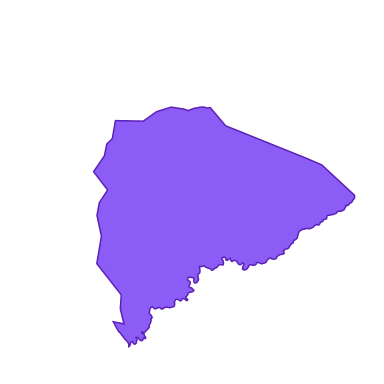 outline of Bo'mbogor, Bayanhongor, Mongolia, rotated 238°
{"feature_id": "93677404B12243901398913", "entity_name": "Bo'mbogor", "entity_type": "district", "adm_level": 2, "iso_a3": "MNG", "parent_name": "Mongolia", "parent_adm1": "Bayanhongor", "projection": "albers", "projection_center": [99.341, 46.245], "detail": "fine", "context": "isolated", "style": "filled", "palette": "violet", "viewbox_px": 384, "rotation_deg": 238, "n_neighbors": 0, "source": "geoboundaries", "source_scale": "gbopen_adm2", "svg_char_len": 5852}
<svg xmlns="http://www.w3.org/2000/svg" viewBox="0 0 384 384"><g transform="rotate(238 192 192)"><path d="M253.9,252.2L254.6,250.7L255.1,249.4L255.8,248.7L257.4,247.5L259.2,244.8L260.1,242.9L260.2,241.6L260.5,240.6L261.2,240.1L261.5,239.5L261.6,238.4L261.9,237.8L262.7,234.4L262.8,232.2L266.8,228.9L275.1,219.2L278.9,204.5L277.9,188.3L293.1,164.9L279.5,152.7L277.8,145.1L269.1,136.9L261.4,119.3L238.4,121.5L232.0,107.7L222.5,99.0L202.6,91.8L181.7,73.3L142.3,77.5L130.9,69.3L116.2,64.4L123.7,56.5L116.8,56.0L112.3,55.9L110.1,56.5L108.0,56.6L105.5,57.0L103.1,57.0L100.8,57.7L99.3,57.8L98.6,57.9L96.8,57.9L94.3,56.5L94.3,56.8L94.6,57.7L95.1,58.6L96.6,59.9L97.0,60.5L97.1,61.1L97.0,61.6L96.7,62.1L96.4,62.1L94.9,62.0L94.2,62.1L93.6,62.5L93.1,63.2L93.2,63.9L93.4,64.6L94.8,65.9L95.1,66.4L96.1,67.1L97.2,67.4L98.2,67.3L98.3,67.5L98.1,67.9L97.5,68.6L96.9,69.1L95.2,69.0L94.2,69.3L92.9,70.0L92.6,70.4L92.4,70.9L92.5,71.4L92.6,71.9L93.6,73.0L93.6,73.3L93.4,73.8L92.5,74.6L92.5,75.0L92.7,75.4L93.5,75.7L94.3,75.5L94.6,75.2L95.0,75.3L96.4,76.1L96.9,76.0L97.6,75.4L98.4,75.0L99.0,74.7L99.6,74.8L99.9,75.1L99.9,75.5L98.6,76.2L98.2,76.6L98.1,77.0L98.2,78.4L98.6,79.3L99.0,81.3L99.3,82.7L99.8,83.7L100.2,84.4L101.1,84.6L101.6,84.9L102.0,85.3L102.5,86.8L104.3,88.9L106.3,90.3L106.6,91.7L107.3,91.9L110.0,91.9L111.1,91.5L111.7,91.4L112.1,91.7L113.1,92.7L114.4,93.6L115.4,94.8L115.7,95.7L115.8,97.3L115.5,97.6L115.2,97.8L113.6,98.0L112.5,98.7L112.3,99.1L112.1,99.9L112.0,101.1L111.8,101.9L111.6,102.6L111.3,103.2L110.9,103.5L109.8,103.7L109.2,104.0L108.7,104.4L108.5,104.9L108.4,105.5L108.5,106.8L108.5,107.6L107.8,109.3L107.4,110.1L105.8,111.6L105.4,112.2L105.3,113.1L105.3,113.7L104.6,115.1L104.5,115.6L104.7,116.7L106.2,118.0L107.1,118.5L108.1,118.5L108.5,119.2L108.5,119.6L108.8,120.0L109.3,121.0L109.4,121.4L109.3,121.9L109.1,122.3L108.5,123.0L107.5,123.6L106.1,124.1L105.8,124.5L105.7,125.2L105.8,125.9L106.2,126.5L106.5,127.0L106.4,127.6L106.2,128.1L105.5,128.8L104.9,129.2L104.0,129.4L103.4,129.5L102.9,129.7L102.7,130.1L102.5,130.8L102.6,131.1L103.1,131.3L103.8,131.2L104.4,131.0L105.1,130.8L106.0,130.7L106.3,130.9L106.4,131.2L106.3,131.9L106.5,132.4L106.7,132.9L106.9,133.6L107.3,134.2L108.3,135.1L108.4,135.5L108.3,136.1L107.9,137.4L107.3,139.2L107.2,140.3L107.3,141.0L107.5,141.4L108.0,141.5L108.7,141.3L109.6,141.0L111.1,140.7L111.7,140.0L112.1,139.7L113.0,139.3L113.6,139.4L114.0,139.7L114.4,140.4L114.8,141.3L115.2,141.8L116.1,142.5L116.3,142.7L116.6,142.7L117.4,142.6L119.7,141.9L120.0,141.8L120.4,142.0L121.0,142.8L121.3,143.3L121.4,143.9L121.1,144.5L120.1,146.0L119.5,146.5L118.8,147.5L118.5,147.8L117.9,147.9L117.3,147.6L116.6,147.0L114.5,145.9L113.7,146.0L113.1,146.4L112.9,146.9L112.8,147.9L113.0,149.0L113.8,150.6L114.6,151.3L115.4,151.7L116.3,151.8L116.6,151.9L117.3,152.5L117.9,152.8L118.3,152.8L118.8,152.9L119.0,153.4L119.1,155.2L119.4,155.8L121.2,157.2L122.6,157.8L124.1,158.2L124.9,158.8L124.8,159.0L124.4,159.4L123.9,159.9L123.7,160.4L123.6,160.9L123.6,161.6L123.4,162.2L122.8,162.9L122.3,163.3L121.3,163.7L119.9,164.6L118.8,165.4L118.0,166.2L117.4,166.7L116.8,167.1L116.1,167.2L115.4,167.1L115.0,167.5L114.7,169.0L114.8,169.4L115.1,170.1L115.3,170.8L114.9,172.5L115.1,174.0L115.7,175.3L115.9,176.0L115.6,177.1L115.2,177.6L115.0,178.1L114.6,178.8L113.9,179.2L113.7,179.7L114.0,180.3L115.7,181.4L116.6,181.8L117.7,182.0L118.3,181.8L118.8,181.8L119.3,181.9L119.9,182.4L120.3,182.9L119.9,183.6L119.9,184.1L119.9,184.5L119.7,185.0L119.0,185.2L117.8,185.3L116.2,184.8L115.9,185.0L115.5,185.5L115.4,186.4L115.4,187.2L115.7,188.1L115.8,188.8L115.6,189.2L115.2,189.2L114.7,189.1L113.1,188.7L112.5,188.7L112.0,188.9L111.8,189.3L111.9,190.5L111.8,191.3L111.4,191.9L110.8,192.4L110.0,193.0L109.2,193.3L107.9,193.1L106.0,193.3L105.0,194.1L104.7,194.6L104.6,195.2L104.7,196.1L105.0,196.8L105.0,197.3L104.7,197.6L104.0,198.0L103.5,197.9L102.8,197.2L101.9,195.7L100.5,194.3L99.7,194.1L98.8,194.3L98.1,195.1L97.8,195.9L97.6,197.5L98.2,199.4L99.3,201.3L99.6,201.9L99.6,202.3L99.3,203.1L98.9,203.7L98.4,204.1L97.8,204.4L97.3,205.1L97.0,206.0L96.7,206.9L96.7,207.6L96.9,208.3L97.5,208.9L97.7,209.5L97.6,210.0L96.4,211.4L94.2,213.0L94.0,213.5L93.8,214.5L93.4,215.6L93.1,216.7L93.3,217.7L93.8,218.6L94.3,219.5L94.6,220.4L94.6,221.6L94.9,222.2L94.9,222.8L94.8,223.3L94.3,223.8L93.5,223.9L93.0,224.1L92.6,224.5L92.1,225.4L91.7,225.8L91.1,227.3L91.1,227.9L91.3,228.8L91.7,229.1L92.3,230.2L92.3,233.3L91.3,235.7L90.9,237.1L91.1,237.5L91.4,237.9L93.3,238.1L93.7,238.3L93.7,238.7L93.7,239.6L94.1,240.5L94.2,240.9L94.0,241.5L93.4,242.3L93.2,242.9L93.2,243.8L93.4,244.7L94.4,246.2L94.7,247.4L95.2,248.3L95.5,249.2L95.3,249.8L95.2,250.3L95.3,250.8L96.3,251.7L96.8,252.4L97.0,252.8L97.1,253.1L97.0,253.6L96.8,253.8L96.7,254.5L96.9,255.8L97.3,256.9L97.8,257.5L98.8,258.4L99.5,259.0L99.9,259.8L101.4,261.4L101.8,262.6L101.8,263.0L101.9,263.5L101.9,263.9L101.7,264.4L101.7,264.9L101.7,265.4L101.7,265.8L101.6,266.5L101.3,267.1L101.0,267.4L100.7,268.1L100.7,269.3L100.3,269.9L98.7,271.9L98.4,273.0L98.2,274.1L98.0,275.4L98.0,276.3L98.5,278.0L98.5,278.7L98.5,279.7L98.4,280.2L98.2,280.7L97.8,281.1L97.0,281.5L96.9,281.8L97.1,282.9L97.3,283.5L97.9,284.2L97.9,284.8L98.0,285.3L98.1,286.0L97.8,286.9L97.9,287.5L98.7,288.8L98.7,289.5L98.4,290.5L98.1,291.2L98.0,291.6L98.2,292.2L99.4,293.0L100.0,293.6L100.2,294.1L99.9,295.5L99.4,296.3L99.1,297.2L98.9,298.4L98.8,298.7L98.3,299.2L98.1,299.6L98.1,300.2L98.3,300.7L98.0,301.3L97.5,302.8L97.6,303.3L97.9,303.8L98.2,304.5L98.2,305.2L98.0,306.0L97.2,307.2L96.7,308.3L96.7,308.9L96.4,310.0L96.4,311.2L96.5,312.0L97.6,313.5L98.1,314.4L98.3,315.0L98.9,315.4L99.2,315.7L98.4,316.2L98.1,317.0L98.1,318.1L98.3,318.7L98.7,319.3L98.8,320.1L98.7,320.6L98.6,321.3L98.7,322.0L99.6,323.7L100.7,326.5L101.8,327.4L103.1,328.1L146.2,316.4L164.0,304.0L171.3,298.6L230.3,255.6L253.9,252.2Z" fill="#8b5cf6" stroke="#5b21b6" stroke-width="1.5"/></g></svg>